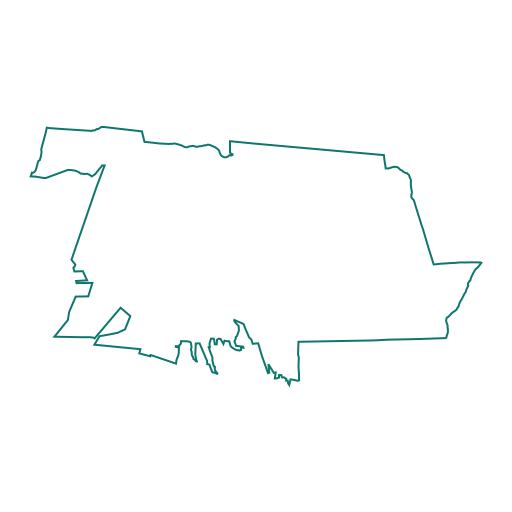 outline of Negrilesti, Galati, Romania
{"feature_id": "2599482B95642529629625", "entity_name": "Negrilesti", "entity_type": "district", "adm_level": 2, "iso_a3": "ROU", "parent_name": "Romania", "parent_adm1": "Galati", "projection": "mercator", "projection_center": [27.515, 45.952], "detail": "fine", "context": "isolated", "style": "outline", "palette": "teal", "viewbox_px": 512, "rotation_deg": 0, "n_neighbors": 0, "source": "geoboundaries", "source_scale": "gbopen_adm2", "svg_char_len": 6038}
<svg xmlns="http://www.w3.org/2000/svg" viewBox="0 0 512 512"><path d="M445.8,338.1L446.2,337.7L446.5,337.1L446.6,336.4L446.7,335.7L446.9,335.0L447.1,334.5L447.4,334.1L447.5,333.8L447.8,332.5L447.9,331.5L447.9,330.9L447.9,330.2L447.8,329.3L447.9,328.5L447.7,328.1L447.5,327.6L447.6,327.0L447.7,326.1L447.4,325.0L447.2,324.0L446.9,323.6L446.6,323.0L446.4,321.8L446.2,320.8L446.2,319.5L446.4,318.9L446.6,318.3L446.8,317.7L447.9,317.1L448.5,316.6L449.1,316.0L449.7,315.5L450.5,314.8L450.6,314.4L450.8,314.1L451.1,313.7L453.5,311.8L454.2,311.5L454.8,310.9L455.2,310.7L455.5,310.5L456.4,309.8L456.7,309.3L456.9,308.7L457.7,307.7L458.1,306.8L458.5,306.3L458.7,306.0L458.8,305.6L459.1,304.4L459.7,302.6L460.0,302.1L460.2,301.6L461.0,300.3L461.7,299.3L461.9,298.9L462.6,297.5L462.9,296.8L463.1,296.3L463.5,295.8L463.7,295.2L464.0,294.7L464.7,293.3L465.1,292.9L465.3,292.5L465.6,292.2L465.8,291.7L466.1,290.7L466.2,290.3L466.3,289.9L466.6,289.0L468.3,285.7L468.0,284.8L467.9,283.7L468.2,283.1L468.3,282.8L468.5,282.4L468.8,282.1L469.0,281.7L469.4,281.5L469.5,281.1L469.6,280.8L470.1,280.7L470.3,280.4L470.5,279.7L470.8,278.5L471.7,276.3L473.1,273.4L473.9,272.0L475.1,269.9L475.9,269.0L476.5,268.3L477.4,267.9L478.4,266.6L478.8,266.2L479.0,266.0L479.5,265.3L481.3,262.8L480.8,262.6L480.2,262.4L479.5,262.4L478.4,262.4L477.2,262.4L475.3,262.3L471.8,262.3L468.6,262.4L466.9,262.4L465.2,262.5L463.9,262.5L462.5,262.4L461.0,262.4L459.8,262.5L458.7,262.5L456.3,262.8L454.6,262.9L453.0,263.0L450.2,263.1L448.7,263.2L444.4,263.5L443.5,263.6L442.8,263.6L441.7,263.6L433.7,264.5L428.3,247.3L426.9,242.5L422.8,228.7L422.0,226.4L421.8,226.0L415.4,205.4L414.2,201.2L413.6,200.0L413.2,199.4L412.5,198.9L411.4,197.3L411.3,196.6L411.4,195.0L411.6,193.9L411.9,192.5L411.9,191.9L411.6,190.3L411.2,188.3L411.0,186.2L410.8,184.9L410.9,184.0L410.8,182.9L410.8,182.0L411.0,180.9L410.9,180.2L410.7,179.5L410.3,178.5L409.7,177.5L409.3,175.9L408.9,174.9L408.2,174.4L407.6,173.8L407.0,173.2L405.9,173.1L404.9,172.6L403.3,171.7L402.8,171.4L402.2,170.6L400.9,170.1L399.6,169.1L399.0,168.4L398.0,167.5L397.4,167.1L396.7,167.1L395.5,166.9L394.0,166.8L393.0,167.0L392.5,167.2L391.9,167.3L389.6,168.1L388.4,168.4L387.3,168.6L386.6,168.3L385.7,168.4L385.2,164.8L384.8,162.6L384.3,158.9L384.1,156.7L383.9,155.1L253.4,143.5L230.0,141.2L230.0,152.5L231.6,154.2L232.5,154.2L232.4,155.1L230.9,155.6L230.0,155.2L229.8,155.1L229.5,155.2L229.1,155.4L228.2,156.3L227.6,156.6L227.5,156.8L226.8,156.9L226.1,157.2L225.6,157.3L225.1,157.3L224.8,157.3L224.4,157.3L224.0,157.2L221.9,156.1L221.3,155.7L221.1,155.4L220.6,154.6L219.6,152.3L219.2,151.0L218.7,150.1L217.5,148.9L214.8,147.1L210.4,145.2L209.7,144.9L209.0,144.8L208.1,144.7L207.7,144.7L206.8,145.0L206.2,145.2L205.8,145.3L205.4,145.3L205.0,145.2L204.4,145.3L204.0,145.5L201.6,146.1L201.4,146.2L200.1,146.2L199.3,146.3L198.7,146.4L197.7,146.7L197.0,146.8L196.4,146.8L195.4,146.6L194.5,146.2L193.6,146.0L192.7,145.9L192.4,145.9L191.9,146.0L191.4,146.1L190.7,146.3L190.4,146.3L190.0,146.3L189.2,146.4L188.6,146.6L188.0,147.0L187.2,147.2L186.4,147.3L185.4,147.2L184.8,147.0L183.3,146.4L181.6,145.4L180.6,145.2L178.7,144.5L176.8,144.0L175.7,143.7L174.5,143.5L173.6,143.6L170.9,143.9L169.8,143.8L168.6,144.0L166.1,143.8L159.4,143.5L158.7,143.4L148.1,142.2L146.2,142.0L144.5,141.9L142.2,132.6L142.0,131.4L104.0,127.0L101.3,127.0L99.3,128.4L97.8,129.1L96.6,129.1L95.9,129.7L94.7,130.4L93.0,130.4L91.7,130.9L64.7,129.2L49.5,128.1L46.8,127.7L45.5,133.5L41.2,149.4L41.6,152.0L40.7,157.4L40.3,158.1L39.8,160.1L38.9,160.7L38.2,161.3L37.1,165.4L36.4,168.0L35.7,170.2L35.3,170.9L34.7,171.7L33.8,172.4L32.9,172.8L32.5,172.8L31.9,172.7L31.1,175.3L30.7,176.4L34.9,176.6L36.6,176.8L40.7,177.5L44.1,178.0L45.3,178.0L46.5,177.8L48.9,176.9L58.6,173.3L68.0,169.9L71.5,170.1L74.9,170.6L77.4,171.5L78.7,172.1L80.6,173.6L82.6,173.6L83.8,174.1L85.1,173.9L86.3,173.8L87.1,173.8L89.7,174.8L91.7,176.4L93.3,175.5L95.0,174.3L102.3,165.4L104.6,165.5L96.4,187.3L71.5,259.7L72.2,260.7L72.8,261.5L75.3,264.5L74.7,266.4L73.4,267.8L74.4,271.5L82.9,271.2L87.1,280.3L76.1,281.0L76.6,283.1L92.4,282.9L88.2,296.4L75.7,296.6L69.1,312.1L67.9,320.0L54.4,336.7L80.7,337.2L90.1,337.2L93.1,337.6L93.9,337.8L94.6,338.4L120.6,307.8L121.9,308.9L130.3,316.1L125.1,329.3L117.7,332.8L107.6,334.8L99.5,336.2L94.4,344.7L140.4,349.2L139.3,353.4L150.3,356.3L150.6,355.0L176.0,363.6L176.4,360.6L176.9,358.7L177.6,357.2L178.0,356.2L178.6,354.0L178.8,352.2L178.8,349.0L179.0,347.5L175.8,346.9L175.9,346.1L179.2,346.4L179.3,345.3L179.7,344.7L180.4,344.4L180.8,343.6L181.0,342.8L180.9,341.9L181.0,341.2L182.9,341.2L187.2,341.3L190.0,341.9L190.6,342.4L191.0,343.5L191.5,346.6L191.4,348.1L190.9,349.8L191.7,351.9L191.7,353.6L191.8,354.6L192.1,355.6L193.0,357.0L193.4,358.6L193.4,358.9L195.1,360.1L195.8,361.1L196.3,361.4L196.8,361.4L195.8,358.0L195.3,354.2L195.8,343.5L199.6,343.4L205.0,356.1L207.1,361.0L207.2,364.1L209.4,364.6L212.1,371.9L212.8,372.5L214.1,372.5L217.2,373.8L217.4,373.3L215.5,371.2L214.8,369.2L214.9,366.8L213.8,366.4L213.8,365.9L213.5,365.2L212.4,360.5L212.5,357.7L212.0,356.5L210.7,353.0L208.7,347.2L209.8,347.1L209.5,343.5L211.0,338.6L212.1,338.7L213.6,338.6L214.1,339.4L214.8,344.3L216.7,344.3L217.1,339.6L218.8,338.7L220.5,338.9L223.4,344.0L224.5,340.7L226.9,341.2L229.2,341.3L230.7,346.3L233.3,348.4L235.9,349.8L237.5,350.3L238.6,350.1L239.3,350.6L241.1,350.0L241.1,349.0L240.9,347.4L243.4,347.8L243.2,346.7L236.1,345.8L234.5,341.3L235.7,338.7L235.7,337.1L236.9,336.1L238.9,330.7L238.7,326.1L234.9,322.0L234.3,321.0L234.4,320.0L243.6,324.0L245.2,328.3L249.1,337.4L251.3,339.4L252.7,343.8L258.2,343.3L262.0,356.2L268.0,373.1L269.3,372.6L268.4,364.2L273.8,372.9L275.7,372.5L274.8,378.5L276.4,378.4L279.0,377.6L279.1,375.0L281.5,375.2L281.7,377.0L282.4,377.5L284.0,377.3L285.1,378.3L286.2,378.7L286.0,379.5L286.2,380.7L287.7,380.7L288.2,383.5L289.2,385.0L289.7,383.0L290.5,379.4L294.2,379.9L297.7,380.8L299.1,380.3L299.0,374.6L298.5,366.7L298.8,357.4L298.0,354.1L298.5,341.8L374.5,340.4L387.8,339.7L420.1,339.0L445.8,338.1Z" fill="none" stroke="#0f766e" stroke-width="2"/></svg>